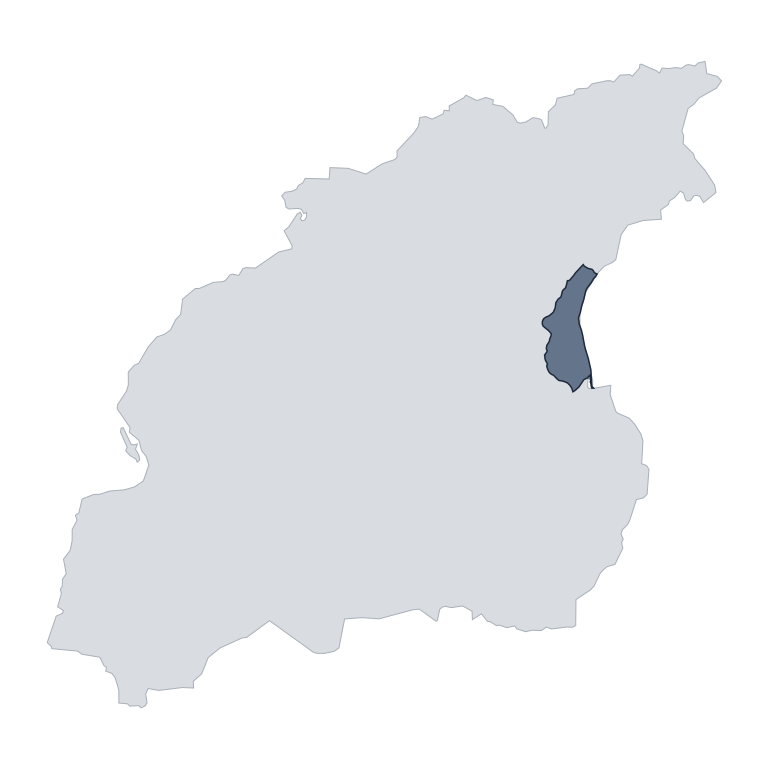 Mazandaran highlighted on a map of Iran, rotated 91°
{"feature_id": "IRN-3214", "entity_name": "Mazandaran", "entity_type": "Province", "adm_level": 1, "iso_a3": "IRN", "parent_name": "Iran", "parent_adm1": "", "projection": "equal_earth", "projection_center": [52.513, 36.378], "detail": "fine", "context": "in_parent", "style": "filled", "palette": "slate", "viewbox_px": 768, "rotation_deg": 91, "n_neighbors": 0, "source": "natural_earth", "source_scale": "10m", "svg_char_len": 5119}
<svg xmlns="http://www.w3.org/2000/svg" viewBox="0 0 768 768"><g transform="rotate(91 384 384)"><path d="M381.4,157.2L390.6,157.7L407.4,151.7L408.9,150.3L413.9,138.2L419.7,132.7L429.7,126.2L436.2,124.1L459.2,125.0L460.9,120.1L464.7,117.6L489.6,119.0L493.5,122.8L495.1,129.6L516.0,135.9L520.3,138.0L525.5,143.1L529.7,144.4L535.1,142.1L538.4,143.7L543.9,142.3L560.3,149.9L562.7,157.7L565.7,161.2L569.4,164.5L582.4,170.5L586.3,174.0L596.1,188.3L622.1,188.1L623.9,191.2L623.8,197.3L626.0,212.1L624.3,217.5L627.8,222.4L627.6,231.6L629.2,238.1L626.5,247.1L623.6,248.9L625.5,256.8L623.1,264.5L623.6,267.4L619.7,274.0L619.5,276.5L612.1,282.5L618.0,291.5L609.6,292.0L604.6,301.5L606.4,312.9L605.2,318.8L606.1,322.0L608.3,324.3L619.7,326.6L620.1,328.1L608.5,344.7L609.2,351.1L618.9,384.9L618.0,401.9L619.6,419.3L648.6,424.4L652.0,428.9L654.4,438.6L654.5,445.9L653.7,449.6L622.6,494.4L639.7,516.8L640.5,521.8L651.0,543.7L660.6,555.0L676.9,561.2L684.6,569.5L691.3,569.1L691.0,580.3L694.3,603.9L692.6,614.7L698.3,616.9L707.0,615.3L710.2,617.4L712.1,621.3L709.9,623.5L710.5,632.7L708.3,634.7L707.6,643.5L694.6,643.8L682.6,647.6L678.2,650.9L675.9,657.2L671.9,656.6L670.6,659.0L662.1,663.4L659.5,681.3L656.4,685.7L654.4,711.5L652.5,711.8L648.4,716.2L621.8,707.7L619.0,701.6L616.2,700.5L612.5,706.4L599.2,702.9L594.7,704.0L591.9,702.2L584.8,702.0L579.1,698.4L564.7,701.4L555.9,694.9L546.4,693.1L534.9,693.2L525.5,688.5L520.6,690.3L518.3,686.9L504.2,683.8L499.5,672.2L499.3,666.5L495.8,656.5L494.4,642.1L491.2,631.5L485.1,622.9L469.1,617.7L460.8,620.4L454.7,625.3L444.5,628.1L436.7,637.8L432.1,637.1L413.5,650.3L409.5,650.1L395.5,641.3L389.3,639.6L376.5,639.9L369.6,634.0L367.7,629.7L351.2,620.5L341.0,612.0L337.9,604.0L333.5,598.3L323.6,593.6L318.0,588.6L302.6,586.8L291.8,574.3L291.7,570.3L285.4,556.6L284.4,546.7L283.0,544.1L277.6,540.0L276.8,537.4L278.0,531.1L271.1,527.2L270.1,524.2L270.3,514.6L253.8,491.5L250.5,478.7L247.5,478.2L232.6,486.5L228.4,481.8L215.5,473.7L213.7,470.6L217.0,469.1L220.2,470.6L222.2,468.9L221.5,466.1L218.2,464.4L213.8,464.6L215.0,467.1L210.8,469.6L209.9,472.8L210.7,482.3L209.0,485.0L202.1,486.5L197.8,489.6L194.0,486.1L192.9,479.2L190.6,474.7L187.0,473.1L184.3,468.7L179.8,466.4L180.0,442.4L168.6,441.8L169.0,423.6L174.4,405.6L163.8,389.4L159.3,377.0L156.4,374.7L150.8,375.1L132.3,358.4L125.8,354.1L116.9,352.8L115.9,347.0L118.3,340.5L114.2,332.1L113.0,329.7L109.3,328.7L109.7,323.4L104.9,323.7L96.3,309.1L93.8,307.1L99.0,296.1L95.7,287.2L98.0,279.7L102.6,280.1L104.3,270.0L112.8,259.7L120.0,255.3L120.8,252.2L119.5,246.7L115.1,239.7L115.9,233.9L117.4,231.0L125.1,227.9L125.5,226.6L122.0,224.5L108.9,224.4L101.9,217.5L95.2,215.8L91.6,200.7L90.5,198.9L87.4,198.4L85.5,195.6L84.7,185.6L80.2,181.2L76.9,166.4L76.8,162.8L78.1,159.6L71.0,153.2L70.4,143.4L71.9,141.1L63.8,134.1L60.0,133.7L59.7,132.5L65.9,117.4L68.3,113.9L63.3,111.6L63.6,104.2L62.5,98.0L63.2,92.1L60.0,87.8L59.3,85.2L60.6,78.7L57.5,75.5L55.9,68.6L68.0,66.7L70.6,56.1L75.1,51.8L82.4,56.8L92.5,74.0L98.7,78.9L103.2,84.7L125.8,90.6L130.7,88.7L138.5,89.1L148.6,78.5L153.1,77.2L164.9,66.6L179.3,56.9L186.7,55.4L197.1,67.7L191.0,71.4L189.9,74.5L190.5,77.5L195.3,80.7L195.8,84.1L194.1,85.9L187.8,87.8L186.0,91.3L192.7,96.9L195.9,101.7L199.6,102.9L205.3,110.5L214.4,109.5L216.0,127.8L220.9,143.0L230.5,149.5L255.6,154.4L258.3,157.4L262.4,165.8L268.8,171.7L288.3,183.7L309.7,189.3L324.0,189.0L376.6,175.4L381.5,175.4L373.7,178.8L376.6,180.3L383.4,180.3L384.9,178.9L385.1,176.7L381.4,157.2ZM463.4,630.8L460.2,636.4L455.3,641.1L451.5,639.7L436.8,646.6L432.8,646.2L432.2,644.0L448.5,635.9L449.3,633.8L448.3,629.5L453.5,631.3L459.3,627.9L464.2,626.9L466.5,629.3L463.4,630.8Z" fill="#d9dde1" stroke="#a8b0b8" stroke-width="1"/><path d="M270.3,172.8L271.8,173.9L272.5,174.1L273.0,174.3L274.0,175.5L274.5,175.9L279.7,179.0L284.5,182.6L287.3,183.9L296.6,185.9L302.5,187.7L308.7,188.9L314.6,190.7L320.8,189.8L326.3,187.7L332.0,186.2L338.0,185.0L343.7,183.8L349.4,182.0L354.9,180.2L365.9,177.5L367.4,177.3L380.5,176.5L382.9,175.9L384.5,174.4L384.5,176.1L382.6,176.8L380.2,177.1L378.7,177.6L378.3,177.8L377.8,177.7L376.9,177.4L376.4,177.5L375.5,177.9L375.0,178.0L373.0,177.7L371.3,177.7L371.6,178.2L372.0,178.4L373.1,178.3L372.5,178.6L372.2,178.6L373.0,179.8L374.4,180.4L374.5,180.4L374.6,181.0L375.0,182.1L376.1,184.2L383.5,189.0L387.1,192.8L388.5,195.0L385.1,196.1L382.3,197.9L379.8,200.5L378.7,203.0L377.9,205.7L377.4,209.2L376.1,210.9L372.7,214.2L371.9,215.4L371.5,216.5L370.7,217.7L369.3,219.1L366.9,220.4L364.4,221.3L362.7,221.6L361.6,220.9L359.9,221.6L357.7,222.9L356.2,223.4L352.8,223.8L352.3,224.0L349.2,221.8L347.8,221.4L346.7,222.1L344.9,222.3L342.4,221.8L338.6,219.5L335.5,218.9L333.2,217.9L330.9,217.6L327.9,220.2L323.5,225.8L321.2,226.8L318.5,226.7L316.9,226.0L315.9,225.4L314.7,223.9L312.8,220.0L309.4,216.0L304.8,214.1L299.7,213.6L296.1,211.4L293.9,208.6L288.4,207.3L287.0,206.7L285.8,205.4L285.2,204.5L283.0,203.6L277.5,202.4L277.5,201.5L277.1,200.3L271.7,195.9L269.9,194.8L261.1,186.9L262.8,185.7L264.9,181.8L265.7,178.1L267.0,176.7L268.8,175.7L269.9,174.1L270.2,173.0L270.3,172.8Z" fill="#64748b" stroke="#1e293b" stroke-width="1.5"/></g></svg>